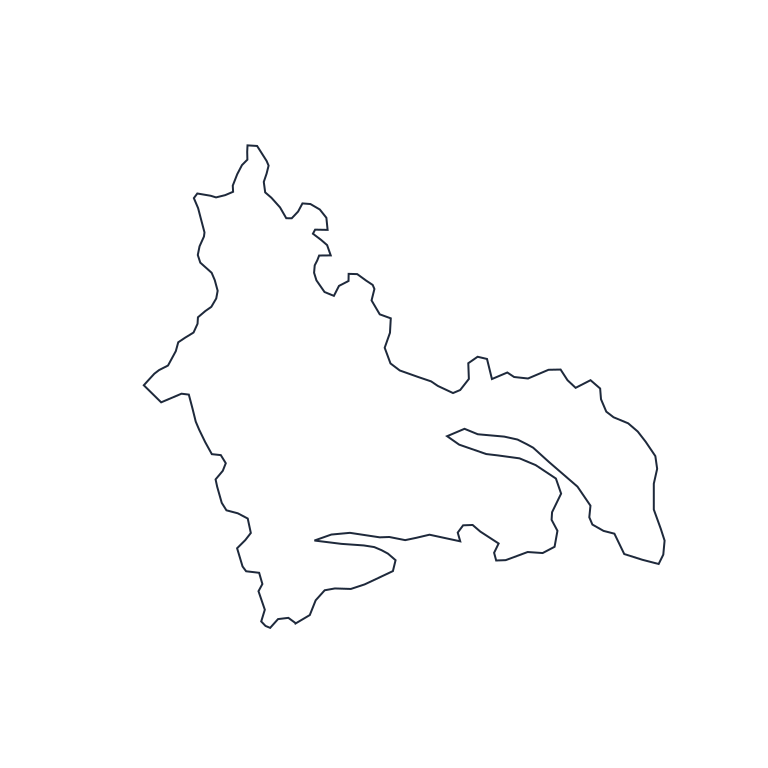 outline of Haenam-gun, South Jeolla, South Korea, rotated 157°
{"feature_id": "91817680B93885607227135", "entity_name": "Haenam-gun", "entity_type": "district", "adm_level": 2, "iso_a3": "KOR", "parent_name": "South Korea", "parent_adm1": "South Jeolla", "projection": "natural_earth1", "projection_center": [126.514, 34.528], "detail": "fine", "context": "isolated", "style": "outline", "palette": "slate", "viewbox_px": 768, "rotation_deg": 157, "n_neighbors": 0, "source": "geoboundaries", "source_scale": "gbopen_adm2", "svg_char_len": 2638}
<svg xmlns="http://www.w3.org/2000/svg" viewBox="0 0 768 768"><g transform="rotate(157 384 384)"><path d="M559.1,198.1L542.6,200.3L531.4,211.6L519.2,217.3L509.1,215.0L494.6,208.3L480.1,207.1L448.9,208.3L442.2,217.3L446.7,226.4L451.2,232.0L456.7,237.7L465.7,243.3L485.7,253.5L509.2,267.1L491.3,266.0L473.5,260.3L447.8,244.5L438.9,241.1L425.5,232.0L414.4,229.8L401.0,227.5L389.8,219.6L375.3,209.4L374.2,218.4L366.4,223.0L357.5,219.6L353.0,210.5L340.8,192.4L348.6,185.6L349.7,177.7L340.8,174.3L317.4,173.2L304.0,166.4L290.6,167.5L281.7,181.1L282.8,193.5L279.4,200.3L263.8,213.9L262.7,229.8L276.1,250.1L288.3,262.6L307.3,273.9L317.3,279.6L338.5,298.8L346.3,311.3L327.4,311.3L317.3,301.1L293.9,288.6L282.8,280.7L276.1,272.8L271.6,267.1L262.7,247.9L246.0,213.9L241.5,191.3L247.1,181.1L247.1,173.2L239.3,163.0L230.4,156.2L229.3,133.6L214.8,121.2L201.5,111.0L193.6,117.8L186.9,130.2L185.8,142.6L184.7,163.0L174.6,186.8L165.7,199.2L162.4,211.6L165.7,228.6L169.0,241.1L174.6,252.4L185.7,263.7L190.2,271.7L190.2,285.2L186.8,295.4L192.4,306.8L209.1,305.6L213.6,315.8L215.8,328.3L227.0,332.8L240.4,332.8L249.3,332.8L261.5,339.6L266.0,346.4L282.7,346.4L279.4,366.8L287.2,372.5L298.3,370.2L303.9,355.5L316.2,348.7L324.0,348.7L335.2,361.2L339.6,368.0L349.7,377.0L364.2,390.3L370.0,400.4L369.2,417.1L358.5,428.8L352.1,441.8L360.7,449.8L362.8,465.8L355.7,475.2L355.7,479.6L360.0,486.1L365.7,495.6L373.5,499.2L376.4,492.7L387.1,491.9L395.7,484.7L402.8,491.9L405.7,505.8L404.9,513.7L401.4,520.3L397.1,523.9L393.5,527.6L382.8,523.2L382.1,534.1L385.7,541.4L390.7,550.1L387.1,553.0L375.7,547.9L372.1,559.5L374.9,569.7L381.4,578.4L388.5,582.1L395.7,576.3L404.2,572.6L409.2,574.8L410.7,587.2L414.9,599.5L418.5,606.8L415.7,617.0L409.9,623.5L404.9,630.1L404.9,635.2L407.8,652.7L416.4,657.0L419.2,651.2L422.1,643.9L429.2,641.0L437.1,634.5L445.7,625.7L447.8,619.9L456.4,619.9L465.7,621.4L470.0,625.0L481.4,632.3L486.4,629.4L486.4,618.5L487.8,609.0L490.0,593.7L492.1,590.1L500.0,582.8L505.0,575.5L505.7,567.5L499.2,553.7L499.2,545.7L500.7,534.8L505.0,528.3L512.8,522.5L519.9,521.0L529.2,518.1L532.1,512.3L539.2,505.8L549.2,504.3L557.1,502.8L562.8,495.6L575.6,485.4L585.6,484.7L591.4,483.2L597.8,480.3L605.6,476.7L596.3,454.2L574.2,454.2L567.8,450.5L569.9,436.0L572.0,422.9L572.0,414.2L571.3,400.4L569.9,386.7L562.0,382.3L560.6,372.9L566.3,367.1L576.3,362.0L577.7,354.7L579.8,338.0L578.4,329.3L569.1,322.1L562.0,313.4L564.8,298.9L572.7,294.5L583.4,290.2L585.5,271.3L584.1,265.5L572.7,259.0L574.1,247.4L580.5,242.3L581.9,222.8L589.8,213.4L587.6,207.6L584.1,204.0L573.4,209.0L563.4,206.1L559.1,198.9L559.1,198.1Z" fill="none" stroke="#1e293b" stroke-width="2"/></g></svg>